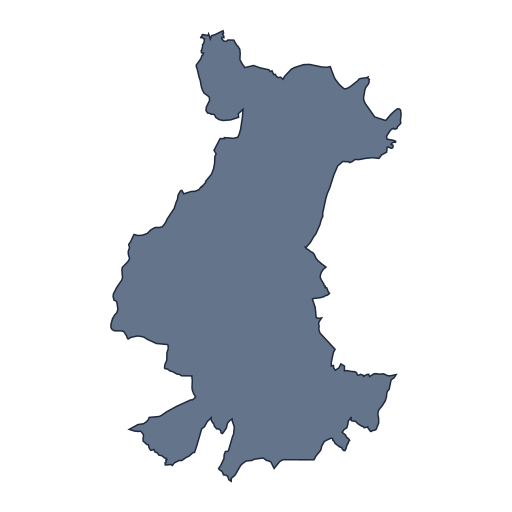 Xochiatipan, Hidalgo, Mexico
{"feature_id": "50627088B51717309851440", "entity_name": "Xochiatipan", "entity_type": "district", "adm_level": 2, "iso_a3": "MEX", "parent_name": "Mexico", "parent_adm1": "Hidalgo", "projection": "natural_earth1", "projection_center": [-98.279, 20.863], "detail": "fine", "context": "isolated", "style": "filled", "palette": "slate", "viewbox_px": 512, "rotation_deg": 0, "n_neighbors": 0, "source": "geoboundaries", "source_scale": "gbopen_adm2", "svg_char_len": 6041}
<svg xmlns="http://www.w3.org/2000/svg" viewBox="0 0 512 512"><path d="M196.3,65.0L196.3,66.6L197.3,69.4L199.1,77.3L200.2,80.4L201.4,86.9L202.6,90.5L204.1,93.1L209.2,96.9L209.6,100.4L206.3,107.1L206.0,110.6L207.7,113.1L210.0,113.4L211.2,114.3L212.9,114.2L214.5,114.7L215.7,117.4L219.0,119.6L223.1,120.5L230.6,119.9L238.6,117.3L238.3,113.8L243.0,109.3L242.3,117.9L240.6,129.2L239.1,134.5L237.6,137.3L233.6,138.3L224.3,137.6L224.2,138.7L220.2,138.5L214.0,150.3L216.1,153.7L214.8,156.9L214.6,163.4L213.5,169.0L211.5,174.2L205.6,181.4L205.6,182.5L202.0,186.6L201.9,186.3L200.6,187.4L199.2,189.4L195.5,191.2L191.2,191.5L183.7,193.8L182.0,190.5L181.1,190.4L180.3,191.1L178.1,195.0L177.4,199.5L176.2,202.1L174.2,208.4L167.5,218.5L165.0,223.4L162.4,226.7L159.5,227.5L155.9,227.4L153.9,228.1L150.4,230.2L147.3,233.4L142.8,235.1L138.6,235.5L135.5,235.0L134.8,234.5L133.9,234.6L130.6,241.7L128.7,244.4L129.5,247.7L128.2,251.6L128.4,254.7L129.6,258.5L128.0,261.5L122.3,267.4L121.9,269.9L122.5,277.8L121.8,280.0L116.8,287.3L113.4,293.9L113.1,296.6L114.0,300.2L115.5,300.7L116.8,301.9L117.9,309.3L116.8,312.7L114.6,315.1L112.5,318.7L110.9,324.6L111.0,327.7L112.0,329.4L114.2,330.8L121.9,330.9L123.9,331.7L126.4,335.5L127.6,338.7L128.4,338.9L131.1,337.3L137.4,336.0L140.4,336.3L143.9,337.1L147.2,339.3L156.4,343.5L167.1,344.5L168.1,345.1L168.2,348.9L166.9,352.8L166.8,360.2L165.0,364.3L164.5,367.8L164.9,368.6L167.6,369.1L170.1,371.0L172.8,371.7L176.8,374.0L179.7,374.5L181.5,375.8L191.8,375.9L192.3,380.8L192.0,387.3L192.3,390.2L193.8,394.0L195.6,396.9L193.8,398.9L192.3,399.9L190.7,399.9L176.7,406.3L166.6,411.8L161.5,415.4L159.2,416.5L149.2,417.4L148.2,419.9L146.3,421.8L143.6,423.7L137.8,424.6L129.2,429.4L134.2,431.0L138.0,431.5L140.2,431.2L140.9,431.5L143.2,434.2L143.5,436.4L143.0,438.5L143.1,441.1L147.0,444.6L148.4,444.8L149.0,447.6L150.1,449.6L151.1,450.4L153.9,449.5L155.0,452.0L157.1,452.7L158.9,455.1L161.8,455.7L164.6,458.0L166.0,458.3L167.0,459.5L165.8,460.1L166.2,461.9L165.1,462.8L165.2,464.8L166.0,465.0L170.8,464.5L172.4,465.5L174.0,463.2L175.6,462.2L179.1,460.5L181.9,460.5L186.1,457.5L189.2,456.0L193.0,452.6L194.5,452.5L196.5,446.7L201.7,428.8L204.5,426.7L207.2,421.7L211.2,417.7L211.2,420.1L212.4,422.3L213.9,424.1L214.4,426.3L216.7,428.9L218.2,428.8L220.3,430.1L220.9,431.0L220.9,432.7L222.2,433.6L223.0,433.0L226.4,428.0L227.3,423.7L227.9,422.7L229.9,420.5L232.1,419.0L232.3,421.1L234.3,426.9L233.6,434.0L232.4,437.0L228.5,450.5L227.6,451.4L225.7,451.4L225.3,451.7L224.2,454.5L223.9,458.8L220.5,465.8L218.6,468.4L219.3,469.7L221.7,471.2L222.6,472.5L223.5,474.9L225.4,475.0L227.6,476.2L228.9,479.8L231.2,481.3L231.3,478.6L232.5,477.1L233.5,476.6L235.2,474.9L240.8,465.2L243.5,462.8L246.3,461.0L251.7,460.5L254.4,459.2L263.3,458.0L266.2,460.3L270.0,461.4L270.9,462.0L274.1,468.5L279.6,461.7L282.9,459.7L314.0,459.8L315.7,456.4L320.7,450.2L321.8,445.9L324.2,441.7L325.7,440.6L330.8,438.3L332.6,438.5L332.9,440.4L334.2,441.4L335.0,443.3L339.6,446.9L341.6,447.6L342.5,449.4L343.6,450.5L344.8,450.7L345.8,449.2L347.2,444.5L348.1,443.5L348.6,441.5L349.7,440.4L348.5,438.7L346.4,437.0L345.6,435.1L342.2,432.3L344.1,429.5L346.8,427.8L348.0,423.8L348.0,422.0L348.7,420.3L350.0,419.2L351.2,416.9L351.1,420.4L351.8,420.9L355.4,421.3L358.1,423.9L362.1,426.4L363.1,426.4L364.2,427.8L367.7,426.9L367.7,427.6L370.4,431.3L371.3,431.5L372.0,430.8L375.5,429.9L376.2,429.2L378.7,423.0L378.6,417.8L378.0,415.4L377.9,413.0L378.4,411.1L379.0,409.6L382.0,406.0L385.3,400.9L386.5,396.7L386.8,393.0L387.4,391.3L389.1,389.5L391.1,379.9L394.1,377.7L396.1,374.6L390.0,375.9L387.3,375.6L383.6,373.8L378.4,374.2L377.2,373.7L374.2,373.7L369.6,376.5L369.0,375.5L368.8,374.3L366.8,374.5L363.6,376.4L363.5,375.4L360.4,374.3L358.8,375.2L357.4,375.0L356.5,372.6L354.7,371.6L351.5,371.5L347.0,370.6L344.4,370.8L344.5,366.1L340.9,363.9L339.0,367.8L335.4,370.2L333.8,368.2L333.4,365.5L331.4,366.0L331.3,362.5L333.0,354.2L333.7,351.8L335.1,349.3L320.0,333.1L318.8,329.3L319.1,326.2L318.6,323.6L319.1,321.7L321.6,317.9L319.1,318.4L316.2,317.6L315.2,307.4L312.4,299.0L313.4,298.5L320.8,297.6L324.3,296.5L325.6,295.6L327.5,295.1L329.5,293.5L327.9,291.0L326.8,287.9L325.2,287.6L325.3,286.2L324.0,285.2L323.8,283.9L321.4,280.1L320.2,277.4L320.5,274.5L321.7,271.7L323.4,269.3L326.0,267.1L321.7,263.9L317.6,260.3L316.0,258.2L314.2,254.4L312.7,252.5L311.0,251.8L308.1,249.5L307.1,249.2L305.3,247.1L306.4,247.1L310.3,242.5L314.1,236.1L315.8,234.0L319.8,225.0L321.2,219.8L322.8,216.4L322.7,213.1L325.7,199.1L327.3,193.5L329.5,188.5L333.9,174.8L337.7,165.9L342.8,161.5L348.9,161.8L349.6,162.6L352.3,161.5L355.0,159.5L359.0,159.6L365.9,158.3L372.6,157.7L379.0,158.4L381.6,154.9L386.6,152.2L387.2,147.1L388.5,147.1L391.1,148.3L392.6,147.9L393.0,147.1L393.0,145.2L391.1,144.4L391.4,143.7L392.3,142.8L394.1,142.2L395.5,142.3L395.7,141.3L393.5,140.3L387.1,139.2L386.5,137.1L386.8,135.8L390.0,130.9L391.2,129.5L393.5,128.3L393.9,128.9L395.2,129.1L396.9,128.5L397.6,126.6L400.6,123.5L400.8,122.4L400.4,120.9L401.1,114.1L400.5,110.0L399.4,109.0L397.6,108.7L394.7,110.8L390.5,114.8L385.7,120.5L374.8,117.0L365.1,103.3L363.9,100.3L363.5,98.0L364.9,89.8L365.9,87.3L368.3,84.2L369.1,82.2L369.0,80.6L369.4,79.5L367.6,77.9L368.0,77.0L366.4,77.7L360.5,78.5L359.0,79.1L357.7,80.8L350.2,86.7L347.5,88.2L345.0,88.9L343.6,88.4L339.4,84.6L335.5,79.6L334.3,77.5L330.2,66.6L327.0,67.3L322.0,67.0L309.5,64.4L303.6,64.6L294.6,67.5L291.3,69.2L284.5,76.5L283.0,79.3L280.6,77.2L278.2,77.5L276.7,76.7L275.2,74.3L273.6,74.5L272.0,70.8L270.2,71.6L269.0,69.8L260.3,67.9L253.5,65.5L244.8,67.6L242.3,64.0L239.9,59.5L240.2,53.4L239.8,49.3L237.8,46.1L236.8,45.3L233.8,40.1L227.9,40.0L226.4,41.4L223.7,41.0L221.8,38.8L221.9,37.4L223.9,37.7L223.8,36.0L222.5,34.1L223.6,33.1L223.0,30.7L214.9,34.7L211.5,35.7L210.3,38.9L208.6,33.9L208.0,35.5L202.8,34.5L202.1,34.8L201.8,36.4L200.7,37.2L201.0,37.8L201.6,37.5L203.1,37.9L203.4,38.7L204.6,39.1L203.7,43.2L202.5,44.8L202.6,46.3L201.8,49.9L201.2,50.4L201.5,52.8L203.5,53.0L202.8,55.0L202.0,55.3L200.8,58.8L196.3,65.0Z" fill="#64748b" stroke="#1e293b" stroke-width="1.5"/></svg>